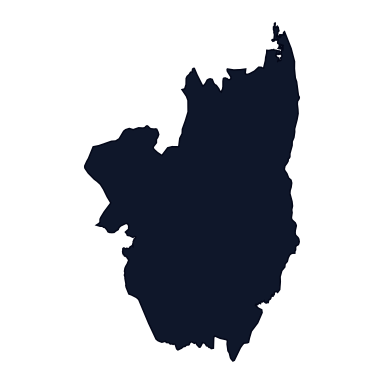 the district of Kasenga, Katanga, Democratic Republic of the Congo
{"feature_id": "63176286B77262619841164", "entity_name": "Kasenga", "entity_type": "district", "adm_level": 2, "iso_a3": "COD", "parent_name": "Democratic Republic of the Congo", "parent_adm1": "Katanga", "projection": "equal_earth", "projection_center": [28.249, -10.367], "detail": "fine", "context": "isolated", "style": "filled", "palette": "ink", "viewbox_px": 384, "rotation_deg": 0, "n_neighbors": 0, "source": "geoboundaries", "source_scale": "gbopen_adm2", "svg_char_len": 5916}
<svg xmlns="http://www.w3.org/2000/svg" viewBox="0 0 384 384"><path d="M148.7,323.3L156.1,339.1L157.9,340.6L159.7,341.4L161.9,342.2L165.5,341.2L166.3,342.5L169.0,342.7L170.2,344.0L172.2,343.9L173.1,344.4L173.9,344.0L174.8,344.1L175.3,344.7L176.7,348.9L177.9,349.9L181.5,348.2L183.4,346.6L185.1,346.4L186.4,345.1L188.8,344.9L189.2,344.4L190.0,342.5L191.1,341.9L192.0,341.9L193.9,343.1L194.6,343.3L195.3,342.6L196.1,343.1L196.8,344.6L199.2,347.2L200.0,347.2L200.8,346.1L202.6,342.5L205.0,343.3L206.5,345.8L207.8,346.0L209.0,347.4L210.4,347.6L211.2,348.6L213.4,348.2L213.7,337.9L214.2,336.5L214.9,336.0L220.2,338.3L226.5,339.7L227.4,340.6L227.1,344.1L228.0,350.9L229.3,352.9L230.5,357.8L231.4,359.3L232.9,361.0L234.3,360.3L240.4,347.7L242.5,344.7L243.9,343.2L247.3,342.8L248.5,342.3L249.4,338.0L251.4,331.2L257.7,322.8L262.1,312.6L261.7,309.8L258.3,308.1L255.4,305.2L255.9,304.2L256.4,304.1L256.9,304.7L257.6,304.7L259.0,302.9L259.4,302.8L259.8,303.4L260.5,303.6L261.0,301.6L261.3,301.3L262.1,302.0L262.8,301.8L264.2,300.7L264.8,302.2L265.5,302.8L266.3,303.0L266.9,302.1L267.7,302.7L268.2,302.6L268.6,300.5L269.3,299.6L270.3,299.1L270.7,298.4L271.7,294.9L272.2,294.7L272.2,296.1L273.0,296.2L273.3,294.8L273.9,294.9L274.2,294.5L274.3,292.6L274.8,291.9L276.6,291.5L277.6,292.4L279.7,289.6L280.3,281.6L280.1,276.8L281.8,270.6L284.8,267.0L285.0,264.4L285.3,263.7L287.3,261.4L288.2,257.8L289.6,255.0L290.9,253.8L292.5,253.2L294.8,253.2L294.9,251.3L295.6,249.9L295.6,247.2L296.2,245.8L298.2,244.7L298.7,243.8L299.2,241.8L298.8,239.1L298.0,237.6L295.6,235.2L295.1,232.9L295.3,230.3L296.3,225.8L296.0,224.6L295.2,222.8L292.6,220.4L291.7,219.3L291.4,217.5L292.1,212.7L291.7,209.8L292.5,206.0L292.0,201.5L289.9,193.6L290.1,190.5L291.1,187.3L291.7,183.0L291.0,180.1L288.6,178.0L286.9,173.6L284.7,170.4L284.3,169.1L284.9,166.0L287.0,163.1L288.1,161.1L288.3,159.0L289.3,158.0L289.9,156.8L289.9,153.6L292.1,145.6L292.2,141.5L293.9,137.5L294.7,131.9L294.6,128.9L297.0,119.7L298.1,113.7L297.9,109.5L297.3,104.1L297.5,101.3L299.0,98.9L299.3,97.7L299.1,96.7L298.4,95.5L296.6,81.7L295.3,78.0L294.4,68.7L294.5,61.5L291.1,48.5L284.5,31.7L283.7,32.4L283.5,32.9L283.4,33.9L284.1,34.2L284.1,34.9L283.2,34.6L282.6,35.0L281.9,34.7L280.9,35.0L280.4,34.7L279.7,34.8L279.6,35.3L280.0,35.6L281.4,35.7L280.3,37.6L279.6,37.6L279.5,36.6L279.2,36.4L278.6,36.9L278.2,36.7L278.2,36.3L277.8,35.4L277.2,35.6L277.4,36.5L276.7,36.8L276.6,35.4L277.0,34.4L277.7,33.9L278.0,31.5L278.8,31.1L278.9,30.4L278.5,29.6L278.2,27.3L277.4,27.4L277.2,28.1L277.4,26.8L277.2,26.3L275.9,27.7L275.1,27.1L275.0,25.5L275.3,23.6L275.1,23.0L274.5,23.4L274.4,26.1L273.5,26.9L273.5,29.7L274.0,30.9L273.9,32.5L274.5,34.7L274.1,38.4L274.4,38.9L273.8,39.4L272.4,39.6L271.9,40.1L272.9,41.3L274.4,40.8L275.4,39.8L276.7,40.1L277.0,39.5L277.9,39.1L278.4,39.9L277.7,41.9L277.7,42.9L277.8,43.3L279.5,44.5L279.1,46.7L280.3,46.6L281.5,45.5L281.9,45.6L281.3,44.7L283.1,45.3L283.3,45.6L282.6,46.9L282.6,47.4L283.2,48.1L283.1,48.7L282.7,48.6L282.7,49.3L281.4,47.7L280.0,47.6L280.2,47.3L281.0,47.3L282.5,48.2L281.8,47.4L280.8,47.1L279.0,47.3L278.2,48.4L280.4,48.9L281.4,48.7L281.9,49.5L281.8,50.4L281.3,51.4L281.5,52.7L281.0,54.2L281.9,55.3L282.1,56.2L281.4,57.3L280.3,58.1L281.1,59.1L281.1,60.1L280.5,60.6L278.9,60.7L277.7,61.4L277.7,60.8L278.3,59.9L279.0,59.5L278.6,59.2L278.6,58.2L278.0,57.6L276.8,57.4L276.5,56.2L275.9,56.1L275.6,55.6L276.3,53.6L276.5,54.4L277.2,53.8L278.1,54.5L278.4,54.4L278.5,53.8L279.6,54.2L280.0,52.9L279.9,52.7L279.5,52.9L279.8,52.0L279.8,51.4L279.5,51.0L277.0,50.7L276.0,50.2L274.3,50.2L273.8,49.5L272.8,49.9L271.1,49.9L270.6,50.3L270.0,50.2L269.1,50.5L266.8,50.3L266.7,53.1L265.7,57.4L265.4,60.7L263.6,68.2L262.8,68.2L261.2,67.3L258.7,67.2L254.5,71.1L249.8,73.6L247.7,74.4L246.1,74.3L245.2,73.3L245.7,69.0L240.6,69.7L233.8,70.0L227.4,69.0L227.1,69.7L227.4,71.3L230.9,76.9L230.9,78.7L229.7,79.7L228.7,79.7L227.7,79.3L227.0,78.5L225.9,78.4L225.5,78.0L224.0,78.1L223.4,78.6L223.0,81.1L223.0,86.7L222.6,89.0L221.2,92.1L219.5,90.6L218.8,88.8L216.3,85.4L214.8,84.6L213.7,83.2L212.2,79.4L210.1,78.8L208.5,79.3L207.2,80.1L205.5,83.4L203.5,85.7L202.6,85.9L197.0,74.8L194.3,68.4L193.4,68.4L192.6,69.1L192.1,72.2L190.9,72.1L190.4,72.5L189.3,74.4L187.1,76.4L186.2,78.4L186.1,84.5L184.7,88.9L182.0,89.6L186.5,96.3L188.0,100.4L188.1,111.9L185.4,120.8L182.4,129.2L182.2,133.6L179.8,138.3L178.8,146.4L178.3,146.8L172.1,146.7L167.7,147.8L161.9,155.5L157.4,152.5L153.9,149.3L153.1,147.5L153.5,146.5L156.4,142.7L156.4,139.3L157.7,137.3L158.7,134.5L158.0,132.0L156.7,129.2L155.7,128.9L154.2,129.1L151.1,128.8L149.7,128.2L148.1,126.4L147.0,125.8L145.8,126.5L145.2,127.4L143.2,128.1L138.6,127.8L133.2,129.7L129.3,128.5L125.6,129.7L123.7,131.2L119.2,138.8L115.7,141.0L111.4,141.3L98.8,145.7L93.2,146.8L88.5,158.4L86.9,161.2L84.8,165.8L84.7,167.0L85.0,168.3L88.3,173.1L94.3,179.2L97.0,181.2L100.4,184.3L103.5,189.2L107.2,196.8L110.7,202.6L110.4,203.6L104.2,211.9L100.9,217.3L100.1,219.1L100.0,222.3L98.9,223.5L96.4,225.1L100.0,226.2L102.4,226.3L103.7,227.3L105.0,227.5L107.2,230.2L108.0,231.8L109.4,232.4L111.8,232.6L114.1,232.4L115.8,231.0L118.1,229.6L119.0,227.5L120.7,225.9L125.4,223.6L127.3,223.5L128.3,224.9L128.7,226.1L128.6,229.2L125.4,232.1L126.8,233.8L127.2,235.1L127.9,235.5L129.6,235.7L132.6,237.2L133.4,237.1L134.2,236.5L135.6,236.9L135.3,238.3L134.1,239.1L133.9,240.1L133.2,241.5L133.2,243.2L132.6,244.3L133.2,245.7L133.0,246.5L132.5,245.8L131.9,245.8L129.9,247.1L129.6,248.2L129.2,248.3L129.0,248.7L126.5,248.3L126.0,248.8L125.3,248.8L124.1,248.0L123.5,248.0L122.8,248.8L122.9,250.1L122.6,251.6L122.9,253.4L123.2,253.4L123.4,254.6L124.0,254.7L124.5,256.0L125.6,256.1L126.5,257.0L127.1,257.2L127.3,258.1L128.8,260.0L127.2,264.0L125.8,266.3L125.0,268.2L124.5,271.3L125.0,273.0L124.4,275.1L125.0,276.9L125.0,278.5L126.0,284.1L125.8,285.4L126.2,287.3L128.9,294.0L131.3,294.8L136.4,297.4L138.4,299.2L138.9,299.9L148.7,323.3Z" fill="#0f172a" stroke="#020617" stroke-width="1.5"/></svg>